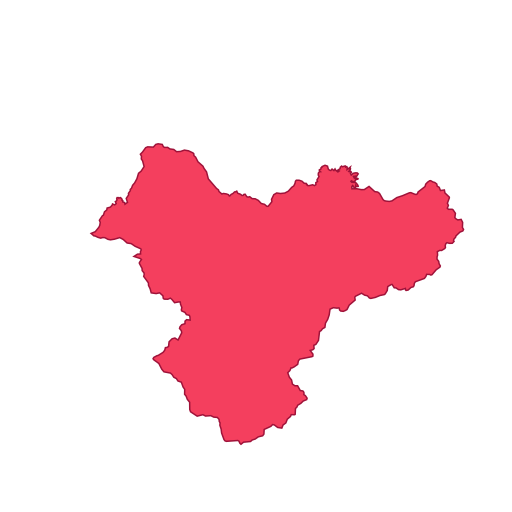 Chaloem Phra Kiat, Nan, Thailand (Mercator projection), rotated 127°
{"feature_id": "78962969B24937809655740", "entity_name": "Chaloem Phra Kiat", "entity_type": "district", "adm_level": 2, "iso_a3": "THA", "parent_name": "Thailand", "parent_adm1": "Nan", "projection": "mercator", "projection_center": [101.099, 19.489], "detail": "fine", "context": "isolated", "style": "filled", "palette": "rose", "viewbox_px": 512, "rotation_deg": 127, "n_neighbors": 0, "source": "geoboundaries", "source_scale": "gbopen_adm2", "svg_char_len": 6154}
<svg xmlns="http://www.w3.org/2000/svg" viewBox="0 0 512 512"><g transform="rotate(127 256 256)"><path d="M337.2,401.3L337.5,397.6L336.8,396.4L336.2,393.4L335.2,390.8L333.5,389.5L332.3,387.7L331.8,384.3L330.7,382.0L327.8,379.2L323.3,375.9L322.7,371.9L323.2,366.8L321.2,363.1L321.0,358.4L319.6,352.4L320.2,351.3L322.1,350.9L323.8,349.4L325.9,351.8L329.8,353.2L327.7,347.0L327.7,345.4L331.4,345.2L332.1,344.7L334.5,339.5L336.2,338.1L336.9,335.3L338.0,334.2L339.9,333.4L342.2,325.8L344.2,324.1L345.9,320.8L348.5,317.5L346.1,313.1L343.4,310.8L343.8,306.4L345.6,304.6L345.7,303.4L343.6,300.4L341.2,299.0L341.3,297.0L342.3,292.9L339.4,290.3L338.3,288.8L339.9,287.3L341.8,284.2L343.8,283.3L344.6,282.4L343.8,278.8L344.7,276.3L343.5,273.5L344.4,272.1L346.8,270.0L348.6,273.1L350.7,273.5L352.8,272.0L355.5,273.9L358.2,274.1L359.9,273.5L360.6,270.6L362.1,269.1L370.0,267.7L370.3,271.4L372.6,273.2L376.8,273.8L380.9,271.4L382.6,272.1L383.7,273.2L386.1,272.2L388.8,272.2L394.3,274.3L395.2,275.1L398.5,276.6L400.0,276.4L400.4,275.2L400.3,268.9L403.1,263.2L403.9,259.8L401.0,253.9L401.2,251.6L402.3,248.7L401.8,245.8L402.8,243.1L401.7,239.7L404.5,235.4L405.4,232.7L409.4,229.8L410.0,227.4L411.8,224.6L412.7,221.0L418.5,216.5L419.8,214.5L419.3,206.6L414.7,202.9L414.2,200.0L410.7,196.0L410.1,192.8L408.2,189.7L408.7,187.2L410.3,185.7L410.9,184.3L412.9,183.0L415.2,179.7L418.1,176.9L421.8,171.2L422.3,169.7L421.9,168.2L414.3,159.5L414.1,158.2L415.2,156.3L415.4,154.7L412.2,153.9L407.4,148.7L405.2,148.3L402.7,146.5L399.0,145.3L395.6,142.5L393.5,142.5L389.6,145.1L383.1,141.6L380.6,141.3L379.9,139.7L379.9,135.5L377.9,131.8L374.7,132.7L371.4,131.7L367.5,132.8L363.4,131.9L361.5,132.4L359.5,129.6L358.9,129.4L354.0,132.7L352.1,132.4L350.1,132.9L346.7,131.5L343.4,131.0L340.2,129.1L338.8,129.6L337.8,132.5L337.9,134.4L336.5,135.2L335.6,136.7L335.7,137.6L336.8,139.7L334.6,144.7L336.2,146.8L336.4,149.8L333.6,153.0L332.7,156.5L330.1,160.4L327.1,160.0L324.2,160.7L323.8,159.9L321.6,158.8L317.4,157.5L314.1,159.1L311.9,158.9L302.7,150.7L301.7,150.3L300.1,151.5L298.8,155.9L296.7,154.2L295.0,153.9L292.5,156.1L290.6,155.0L285.8,155.3L278.1,159.8L276.4,159.1L274.1,159.1L271.6,158.0L267.8,160.1L263.5,160.6L259.0,162.1L253.9,164.9L250.7,163.1L248.8,159.8L247.8,158.9L247.5,158.2L248.8,156.8L249.0,155.3L247.7,153.0L245.7,151.8L244.0,151.1L239.1,152.0L231.5,150.3L229.5,152.3L228.2,152.3L222.2,149.3L221.9,145.7L220.7,143.0L221.3,140.2L220.8,138.8L217.3,135.8L212.9,133.2L209.6,130.3L208.6,130.0L204.6,130.4L201.1,132.4L197.4,130.8L196.8,130.2L198.2,126.5L197.2,124.9L197.1,122.0L195.9,120.0L192.0,117.2L193.1,116.2L193.2,115.4L191.6,114.0L187.9,113.3L185.8,111.8L184.5,112.0L182.5,113.1L180.6,113.2L172.5,108.0L170.1,108.0L168.0,108.7L166.2,106.2L166.0,104.9L165.0,104.2L158.5,103.8L154.2,102.4L153.0,102.8L152.0,105.1L150.3,106.9L149.6,109.5L147.7,110.9L146.0,111.5L143.4,113.8L140.9,112.6L139.9,111.1L136.4,109.7L135.0,109.9L134.1,111.0L132.0,111.8L130.5,111.6L129.5,109.2L127.7,106.9L125.2,106.6L124.9,107.4L123.6,108.1L120.9,107.9L119.6,108.4L114.2,107.5L111.5,105.9L109.9,106.2L109.0,108.3L104.8,111.2L103.3,114.2L105.7,116.5L106.0,118.2L105.7,120.3L101.9,122.4L100.5,126.5L100.6,127.4L102.9,130.4L102.7,132.0L99.8,132.8L98.7,134.9L93.1,136.6L92.6,137.2L91.9,143.1L89.9,145.3L92.7,148.1L90.9,151.0L91.2,153.3L89.7,155.0L89.7,157.5L90.4,159.3L90.7,161.8L91.4,162.6L93.8,163.4L96.5,163.7L98.8,162.8L107.4,165.1L108.7,164.6L110.1,164.8L111.0,166.0L112.2,170.5L113.3,171.6L119.7,175.3L124.6,178.7L130.2,180.6L132.2,182.4L134.0,185.4L134.6,186.9L134.5,188.5L131.7,195.0L131.7,197.3L133.1,199.9L132.4,207.6L137.8,209.5L139.6,211.8L141.6,215.9L144.6,219.8L143.1,221.2L141.6,221.3L141.6,220.6L142.2,219.7L142.1,218.4L141.3,217.9L139.7,218.8L140.2,217.6L138.9,216.3L138.2,217.1L137.4,219.8L137.7,221.3L139.5,223.9L139.3,225.1L138.5,225.1L138.2,222.9L136.6,221.9L135.8,222.3L134.3,221.8L133.4,220.9L132.8,221.1L132.9,221.7L134.3,223.0L134.6,224.4L133.8,226.1L133.1,225.5L133.0,223.4L132.1,224.3L131.7,223.6L128.9,223.8L128.7,225.1L129.8,226.7L131.4,228.1L134.0,228.7L133.1,230.4L131.7,230.2L131.4,231.1L131.5,231.8L132.5,232.2L132.7,232.8L130.2,232.7L129.5,233.1L129.9,233.7L128.3,234.2L132.2,235.3L130.2,236.6L130.0,237.4L131.1,238.0L130.4,239.0L132.7,240.7L132.7,241.8L134.4,242.1L135.6,241.4L138.1,242.3L138.0,240.7L139.6,241.2L139.6,243.7L138.9,245.3L140.9,245.2L140.8,247.6L142.7,247.7L143.2,248.8L143.1,250.5L141.2,253.0L142.0,255.5L144.9,257.1L145.5,256.7L146.3,257.2L147.6,256.5L149.0,257.3L149.8,256.7L149.9,255.3L150.6,256.0L152.3,256.1L153.9,255.0L154.6,253.5L158.6,253.1L159.5,251.7L161.4,252.4L163.0,251.1L164.6,251.7L165.0,253.6L168.0,256.1L168.7,257.3L168.1,258.2L168.5,258.6L167.8,259.5L168.9,261.3L168.6,264.3L169.5,267.1L171.2,269.4L172.5,269.5L174.4,268.6L177.3,268.0L179.7,268.8L184.8,269.2L188.4,270.9L191.4,274.1L193.2,277.4L196.3,278.7L201.4,277.7L203.1,276.0L209.0,276.2L209.8,277.3L209.6,280.3L210.9,283.4L210.2,287.6L210.8,291.1L212.5,293.6L212.4,296.7L213.7,297.7L214.2,299.0L213.2,301.9L214.2,302.8L215.3,302.7L216.1,303.6L216.0,305.5L216.9,308.4L215.8,310.4L217.2,311.0L217.7,311.7L219.9,312.0L221.7,312.9L223.9,313.1L224.1,313.7L223.6,314.9L224.2,316.9L225.7,319.7L227.0,320.6L226.8,324.3L225.8,325.8L225.8,328.2L223.1,340.5L218.6,346.1L217.3,350.3L216.2,352.4L215.7,359.0L213.4,363.7L213.2,366.0L211.8,367.2L211.6,368.4L212.6,373.2L214.5,376.9L217.9,379.2L220.5,382.2L220.4,385.8L222.3,389.2L222.4,391.9L224.4,394.5L224.4,395.9L223.3,398.0L225.3,401.7L227.2,403.2L230.8,403.5L234.0,408.2L235.9,409.3L241.5,409.2L244.3,409.6L245.2,407.5L247.5,406.0L248.3,403.8L251.9,399.2L257.4,398.8L260.6,399.6L266.0,397.6L270.7,396.9L273.8,397.1L276.9,396.2L278.5,396.5L279.4,395.7L282.7,395.6L283.9,394.5L288.1,394.3L290.5,390.9L293.5,391.8L292.4,393.1L293.0,395.0L292.0,395.6L292.2,396.5L291.3,397.1L290.9,399.0L291.0,399.6L292.4,400.4L292.2,401.1L293.0,402.1L294.2,401.7L294.8,400.8L296.1,400.6L297.2,401.1L298.3,399.2L300.2,399.6L300.8,401.9L301.8,401.5L304.6,401.7L307.3,403.8L309.0,402.9L311.9,403.6L315.3,402.4L316.2,402.9L321.7,402.6L322.9,400.6L325.6,399.2L327.6,398.8L333.3,399.0L337.2,401.3Z" fill="#f43f5e" stroke="#9f1239" stroke-width="1.5"/></g></svg>